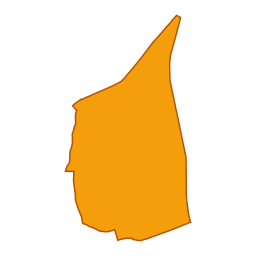 the district of Serrekunda Central, Banjul, Gambia
{"feature_id": "56634734B31410801409584", "entity_name": "Serrekunda Central", "entity_type": "district", "adm_level": 2, "iso_a3": "GMB", "parent_name": "Gambia", "parent_adm1": "Banjul", "projection": "natural_earth1", "projection_center": [-16.684, 13.431], "detail": "fine", "context": "isolated", "style": "filled", "palette": "amber", "viewbox_px": 256, "rotation_deg": 0, "n_neighbors": 0, "source": "geoboundaries", "source_scale": "gbopen_adm2", "svg_char_len": 2901}
<svg xmlns="http://www.w3.org/2000/svg" viewBox="0 0 256 256"><path d="M176.7,15.4L176.5,15.5L171.8,20.6L172.0,20.9L171.8,21.1L166.6,26.8L164.3,29.5L161.4,32.9L158.3,36.4L157.8,37.1L157.7,37.1L157.1,37.8L156.6,38.3L156.3,38.6L155.2,39.9L153.0,42.3L152.8,42.6L149.5,46.9L148.7,48.0L148.1,48.8L147.9,49.1L147.7,49.2L142.7,55.9L142.5,56.1L141.4,57.5L140.3,58.9L140.2,59.1L140.0,59.3L133.5,67.3L133.4,67.6L129.9,71.6L126.6,75.4L126.6,75.5L126.2,75.9L126.1,76.1L125.6,76.8L125.0,77.6L123.7,78.9L122.1,80.5L121.9,80.7L121.8,80.8L121.7,80.9L121.5,81.1L118.1,83.1L117.6,83.4L117.1,83.6L116.6,84.0L110.3,86.9L110.2,86.9L109.7,87.1L108.2,87.8L106.8,88.4L105.4,89.1L105.1,89.2L103.9,89.7L101.2,90.9L100.3,91.3L97.9,92.3L95.2,93.5L92.9,94.5L90.9,95.4L88.7,96.4L87.2,97.0L86.3,97.4L84.8,98.1L82.2,99.3L81.3,99.7L81.1,99.2L76.1,102.7L72.6,105.7L75.8,109.6L76.8,110.4L75.5,114.4L75.5,115.5L75.4,117.3L75.6,121.2L75.7,122.7L75.2,125.5L74.6,126.3L74.2,127.0L73.7,130.2L72.5,133.0L72.2,134.2L72.2,134.3L72.4,137.1L72.4,139.4L72.3,140.1L72.4,141.1L72.4,143.4L72.2,144.1L72.0,145.0L71.5,147.1L71.4,147.8L70.2,150.8L69.8,156.1L69.8,158.9L69.8,160.1L69.4,162.3L69.3,162.5L69.2,163.3L68.6,164.0L67.9,164.9L67.8,165.2L67.0,166.2L66.3,168.5L66.2,168.7L66.1,168.9L66.1,169.0L66.0,169.3L65.4,171.4L66.8,171.3L69.4,171.4L69.5,171.4L72.3,171.4L73.8,171.4L73.8,175.4L73.6,177.8L73.5,180.1L73.5,180.5L73.8,183.1L74.0,184.6L74.6,189.6L74.9,191.5L75.3,194.0L75.4,197.1L75.4,198.4L75.4,198.9L75.4,200.1L76.2,202.5L76.9,204.6L78.3,208.9L78.6,209.8L78.7,210.1L79.0,210.7L81.4,216.6L81.5,216.6L82.1,219.5L82.2,220.4L82.6,223.5L84.5,224.0L84.9,224.1L85.9,224.4L89.5,226.6L91.7,227.2L92.8,227.6L93.3,227.9L96.2,229.2L99.3,230.9L99.5,231.0L100.9,231.2L103.9,231.7L104.0,231.7L107.2,231.7L107.6,231.7L108.0,231.7L110.9,230.9L113.1,230.3L114.7,229.8L116.2,234.6L117.4,238.8L117.8,240.0L117.9,240.3L118.1,240.2L120.5,239.4L122.1,239.1L123.7,238.7L125.5,238.4L126.4,238.3L126.6,238.3L126.8,238.2L127.1,238.2L128.2,238.1L129.7,238.3L132.3,238.2L132.5,239.3L135.4,239.9L137.9,240.4L139.7,240.6L140.8,240.6L141.4,240.3L141.5,240.3L142.9,239.9L145.1,239.2L145.5,239.1L146.2,238.9L146.3,239.0L153.5,236.4L158.8,234.5L162.5,233.1L166.5,231.7L170.6,230.2L170.8,230.1L173.4,229.1L175.1,228.4L190.6,222.2L190.4,222.0L188.5,213.9L188.5,213.5L187.0,202.8L186.9,202.3L186.7,200.5L186.3,194.8L186.3,190.5L186.2,185.7L186.2,179.8L186.2,176.4L186.2,172.8L186.2,172.6L186.1,164.7L186.0,158.4L186.0,157.2L185.9,156.9L184.5,150.0L183.7,146.3L182.3,139.5L181.6,136.1L179.7,126.8L178.6,121.4L177.8,117.4L177.6,117.1L177.5,116.6L177.2,114.9L175.4,106.6L173.7,98.1L173.3,96.4L171.6,88.2L171.3,86.5L170.7,83.7L170.0,80.6L169.9,78.1L169.9,77.5L169.6,64.0L169.7,62.9L169.9,59.9L170.5,55.8L170.7,54.5L171.1,53.1L173.3,45.0L173.8,43.2L176.8,32.4L177.6,29.1L179.3,22.7L179.4,22.1L180.0,20.1L180.5,17.6L176.7,15.4Z" fill="#f59e0b" stroke="#b45309" stroke-width="1.5"/></svg>